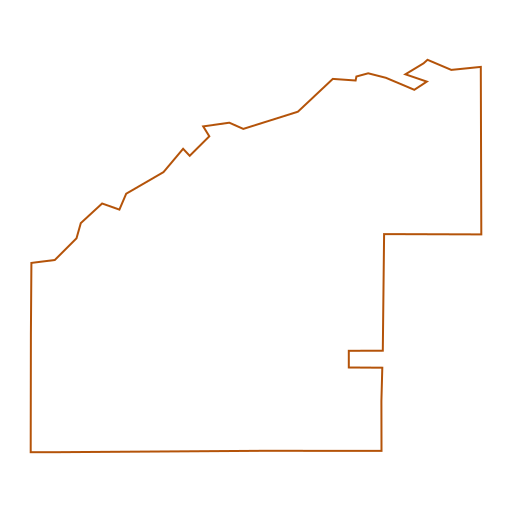 Jeff Davis, Georgia, United States of America
{"feature_id": "52423323B63822520478885", "entity_name": "Jeff Davis", "entity_type": "district", "adm_level": 2, "iso_a3": "USA", "parent_name": "United States of America", "parent_adm1": "Georgia", "projection": "albers", "projection_center": [-82.62, 31.822], "detail": "fine", "context": "isolated", "style": "outline", "palette": "amber", "viewbox_px": 512, "rotation_deg": 0, "n_neighbors": 0, "source": "geoboundaries", "source_scale": "gbopen_adm2", "svg_char_len": 588}
<svg xmlns="http://www.w3.org/2000/svg" viewBox="0 0 512 512"><path d="M263.6,450.8L381.5,450.9L381.4,400.9L382.3,367.7L348.8,367.5L348.8,350.8L382.8,350.7L384.1,234.1L481.3,234.4L480.8,66.9L451.3,69.9L427.5,59.8L423.6,63.3L405.4,74.3L426.8,81.6L414.3,89.8L385.9,77.8L368.2,73.3L356.4,76.5L355.6,80.5L332.8,78.9L297.9,111.7L243.3,128.9L229.3,122.7L203.2,126.4L209.3,136.3L189.7,155.8L183.1,148.8L163.5,172.1L126.2,193.7L119.4,209.6L102.1,203.5L80.8,223.1L76.5,238.3L54.8,260.0L31.4,262.9L30.9,334.0L30.7,452.2L55.9,452.2L263.6,450.8Z" fill="none" stroke="#b45309" stroke-width="2"/></svg>